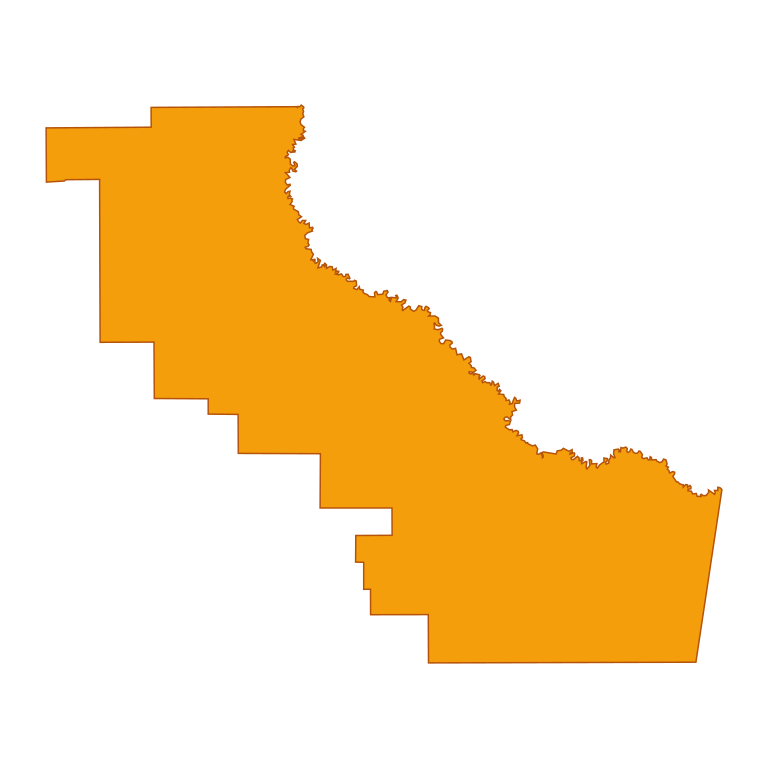 the district of Aguirre, Santiago del Estero, Argentina
{"feature_id": "61730980B73101966705720", "entity_name": "Aguirre", "entity_type": "district", "adm_level": 2, "iso_a3": "ARG", "parent_name": "Argentina", "parent_adm1": "Santiago del Estero", "projection": "orthographic", "projection_center": [-62.375, -29.263], "detail": "fine", "context": "isolated", "style": "filled", "palette": "amber", "viewbox_px": 768, "rotation_deg": 0, "n_neighbors": 0, "source": "geoboundaries", "source_scale": "gbopen_adm2", "svg_char_len": 6127}
<svg xmlns="http://www.w3.org/2000/svg" viewBox="0 0 768 768"><path d="M296.6,106.7L151.1,107.4L151.2,127.2L46.1,127.9L46.4,182.1L64.4,181.0L65.6,179.7L99.6,179.4L100.1,342.3L154.0,342.1L154.3,398.5L208.2,398.8L208.2,414.1L238.1,414.4L238.3,453.4L320.4,453.7L320.1,508.0L392.0,508.0L392.1,535.3L355.8,535.5L355.6,562.1L363.7,562.3L363.7,589.3L370.5,589.2L370.6,614.7L428.3,614.6L428.5,662.9L695.9,662.2L721.9,489.6L720.0,487.7L717.8,487.3L717.8,490.5L714.5,490.4L715.2,492.7L714.6,494.3L708.5,490.0L708.7,492.3L706.2,495.4L703.7,495.8L701.2,494.3L700.5,495.0L701.1,496.5L697.1,496.3L696.3,493.5L692.6,493.9L691.3,491.2L688.0,490.8L688.0,489.3L690.9,488.7L691.0,486.8L690.0,485.5L687.6,487.1L687.5,484.9L685.6,484.6L683.3,487.1L683.3,484.9L679.5,483.8L678.0,481.9L676.6,482.0L672.8,476.4L674.5,474.1L674.7,472.2L672.7,471.6L669.6,473.0L669.0,470.7L667.3,469.0L668.4,467.1L666.0,466.1L667.1,463.9L665.9,459.8L663.6,459.1L661.9,461.8L659.8,462.6L656.5,460.8L656.1,459.6L651.5,459.9L651.5,457.5L650.1,456.7L649.8,459.7L648.3,460.0L647.0,457.8L643.3,458.6L641.8,457.5L642.4,454.5L640.2,451.4L639.0,451.0L637.5,453.1L635.8,453.4L633.5,452.4L631.8,449.3L630.7,449.1L629.7,451.5L627.9,452.4L626.9,451.6L627.2,448.4L625.8,447.1L622.9,448.1L621.0,447.5L620.4,451.9L618.7,451.7L619.3,450.0L618.5,449.1L614.0,449.8L613.6,453.8L615.0,457.6L614.0,457.9L610.7,455.1L610.4,458.3L608.9,459.6L608.7,463.1L606.1,464.2L605.5,462.3L607.1,461.0L607.3,458.6L603.9,458.0L604.0,461.8L599.9,464.7L597.3,468.1L596.1,466.9L596.9,463.6L591.5,463.9L591.7,460.8L590.6,459.7L589.3,459.7L589.9,465.5L587.0,468.9L586.1,467.5L586.8,461.8L586.0,461.4L581.6,463.7L581.6,461.8L583.0,460.3L582.6,457.9L581.3,457.9L581.1,460.3L580.1,460.8L579.2,460.7L579.1,458.0L577.5,456.3L573.4,459.6L571.6,459.5L571.0,457.8L574.3,456.0L574.7,453.6L574.1,452.8L569.9,454.1L570.3,452.9L572.2,452.1L572.1,449.6L569.0,451.3L563.3,448.3L561.4,450.2L557.2,450.8L556.1,454.0L543.4,451.9L541.9,452.7L543.4,456.3L542.2,458.5L542.4,456.0L540.7,453.0L538.6,454.3L536.7,453.8L537.7,448.8L535.2,445.0L532.7,445.9L530.5,445.0L527.6,443.5L527.6,442.6L525.8,442.9L524.5,440.9L521.2,439.7L521.0,438.6L522.4,437.9L521.9,434.8L517.0,435.7L518.6,432.6L518.0,431.1L516.0,430.4L512.9,431.8L512.2,429.6L509.3,429.8L505.3,427.1L505.7,425.6L509.5,424.4L510.3,421.5L508.5,420.5L505.3,420.8L503.8,418.9L505.3,417.2L507.1,416.9L510.8,419.8L510.5,417.0L512.6,415.0L511.9,411.6L516.4,410.1L514.7,407.4L514.5,403.4L519.6,403.1L520.1,400.2L516.7,401.0L515.8,398.3L514.5,397.4L512.0,403.7L509.4,404.2L510.1,402.3L509.1,400.0L506.1,400.5L506.1,398.5L504.3,396.7L503.7,394.5L498.5,394.0L500.9,390.7L499.4,389.4L498.6,391.2L497.0,390.5L497.3,387.0L499.2,386.3L498.2,383.3L494.6,385.6L493.4,382.0L492.2,381.2L491.6,384.6L490.7,385.1L489.8,382.7L486.7,382.7L484.9,381.5L482.7,382.7L481.9,381.0L485.1,378.6L484.6,376.5L483.1,376.0L479.2,379.1L478.7,377.8L480.0,375.6L479.4,374.8L474.9,373.6L473.9,375.1L473.0,373.5L470.4,374.0L468.8,372.8L469.3,371.7L473.4,372.4L476.0,370.3L474.3,368.1L471.4,367.3L471.2,365.6L468.9,363.3L471.1,361.7L470.4,357.6L469.0,356.7L463.9,359.9L461.5,353.8L457.0,354.8L455.6,348.3L452.3,349.1L449.9,346.9L449.9,344.8L452.1,343.4L452.1,342.0L450.4,340.6L445.7,340.0L443.6,343.7L441.1,343.6L439.9,342.3L439.2,340.8L439.8,339.1L443.5,337.9L440.6,334.2L440.6,332.6L442.3,331.2L442.6,329.2L442.0,328.3L438.1,329.7L434.2,329.0L434.6,326.1L433.9,323.5L434.5,322.9L436.5,325.3L439.0,326.1L441.3,325.4L438.5,322.6L438.4,318.1L435.0,316.0L428.7,316.0L430.1,314.8L430.5,312.6L427.6,311.6L427.4,310.5L429.2,308.6L428.5,307.7L426.1,306.3L424.9,307.5L424.6,310.3L422.9,310.2L421.7,309.3L421.8,306.6L418.8,305.7L416.0,310.0L413.7,311.4L410.3,308.9L410.2,306.8L408.8,306.1L402.8,310.5L402.2,309.9L403.0,307.2L401.5,305.0L405.0,302.9L405.9,300.1L403.7,299.6L401.1,301.8L396.1,301.6L398.2,298.0L396.9,295.2L395.7,295.6L396.6,297.1L396.1,297.8L391.5,297.4L390.4,301.5L389.1,300.4L389.9,297.6L387.5,297.8L386.0,295.0L388.0,292.0L387.2,290.5L383.7,291.3L382.9,294.0L381.9,294.3L377.7,294.6L376.5,291.7L375.7,291.5L374.5,292.8L374.8,296.9L369.1,296.5L367.4,294.6L364.3,293.5L362.9,291.8L363.3,290.1L359.8,289.3L359.3,286.7L356.8,289.6L353.7,288.4L354.2,286.8L356.5,285.8L356.3,281.1L354.6,280.3L353.8,281.3L347.5,281.3L346.2,279.8L346.5,278.9L347.4,278.1L349.6,278.8L349.9,278.2L348.0,274.2L345.9,274.4L345.6,276.4L344.5,276.6L343.2,276.5L341.5,273.9L338.5,274.8L335.7,274.1L338.3,272.8L338.8,271.4L337.1,271.0L335.5,272.1L336.1,268.5L332.9,270.1L332.2,266.8L329.7,266.5L326.5,268.4L326.5,264.9L324.9,263.2L324.0,264.3L325.0,265.6L324.5,266.5L323.5,265.0L322.2,264.9L321.7,266.9L317.9,267.9L320.4,260.4L317.6,258.4L318.2,261.7L315.9,263.4L314.9,262.9L315.0,259.5L314.1,259.3L313.4,261.0L312.4,259.7L310.8,259.8L313.4,254.3L311.6,251.8L311.1,249.4L305.9,248.7L305.2,247.3L308.1,246.3L309.1,244.9L307.9,242.9L308.6,239.4L305.5,238.8L304.6,235.6L307.6,232.7L312.4,231.1L311.8,229.9L313.0,228.3L312.6,227.3L309.5,227.9L309.1,223.0L306.1,224.4L303.9,223.5L305.7,220.5L302.4,220.4L300.3,223.0L298.7,221.8L297.3,219.5L301.5,216.8L298.8,214.8L298.3,211.7L293.8,209.2L293.3,207.8L294.2,206.3L290.0,204.5L292.2,201.5L291.8,199.8L292.5,199.0L290.5,198.0L288.1,198.6L287.7,197.6L288.2,196.4L290.6,196.2L289.3,194.8L290.0,191.2L287.9,191.7L286.3,193.6L284.6,192.1L285.5,189.3L290.3,185.2L290.0,184.3L287.1,184.9L285.3,182.3L285.7,179.5L289.9,177.5L285.5,172.6L289.5,172.3L289.3,170.3L290.5,167.9L291.6,168.1L292.9,171.1L295.8,171.8L296.5,171.1L294.4,169.3L297.3,166.4L297.1,163.9L294.6,161.8L293.7,162.3L294.9,165.6L292.7,166.0L290.4,164.0L290.2,159.1L287.8,157.2L285.4,157.9L285.2,156.7L288.4,154.7L287.1,152.2L288.4,150.4L290.5,152.4L295.0,151.9L295.1,150.7L292.9,151.0L293.7,149.4L293.2,148.0L294.4,147.2L292.6,144.5L295.9,144.1L293.9,139.4L301.0,140.5L304.7,138.2L303.8,137.1L302.1,138.5L298.8,138.8L298.8,138.0L303.3,136.6L303.1,135.3L301.0,134.4L305.3,131.3L303.4,130.6L303.4,128.6L304.5,127.3L301.0,124.6L300.0,121.7L301.2,118.8L303.9,116.8L302.7,113.7L303.6,111.6L302.6,108.8L303.9,107.8L303.6,106.9L301.2,105.1L299.9,106.8L297.9,106.4L297.4,107.5L296.6,106.7Z" fill="#f59e0b" stroke="#b45309" stroke-width="1.5"/></svg>